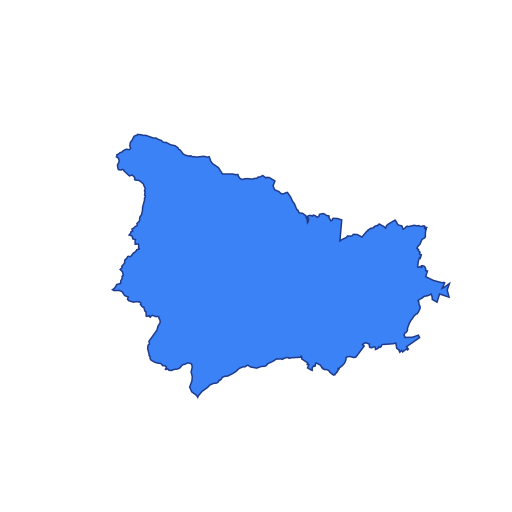 Dobresti, Bihor, Romania, rotated 229°
{"feature_id": "2599482B7847015753026", "entity_name": "Dobresti", "entity_type": "district", "adm_level": 2, "iso_a3": "ROU", "parent_name": "Romania", "parent_adm1": "Bihor", "projection": "orthographic", "projection_center": [22.295, 46.866], "detail": "fine", "context": "isolated", "style": "filled", "palette": "blue", "viewbox_px": 512, "rotation_deg": 229, "n_neighbors": 0, "source": "geoboundaries", "source_scale": "gbopen_adm2", "svg_char_len": 6151}
<svg xmlns="http://www.w3.org/2000/svg" viewBox="0 0 512 512"><g transform="rotate(229 256 256)"><path d="M308.3,315.8L308.3,314.7L312.3,313.9L313.2,310.3L314.2,309.5L314.1,307.7L314.5,306.9L315.5,305.9L316.5,303.5L319.9,300.5L321.7,298.2L322.8,295.7L325.2,294.8L327.6,295.0L329.4,295.8L330.9,293.8L333.1,292.3L339.9,284.5L347.4,285.6L354.3,283.8L357.3,284.1L361.6,285.8L362.8,283.8L365.1,282.4L366.3,280.9L369.9,275.7L371.4,274.7L372.8,272.9L374.0,272.8L375.1,271.6L375.0,271.1L378.7,268.7L380.7,268.0L385.6,268.3L387.8,267.6L388.9,268.1L392.4,267.2L396.0,264.5L400.5,262.8L402.6,260.6L405.1,260.4L408.7,258.5L410.8,257.9L412.0,256.2L419.6,251.8L420.7,250.3L423.2,248.6L425.6,246.2L425.2,245.2L426.0,244.0L426.3,242.4L424.4,237.7L424.4,236.3L423.7,235.0L421.7,232.9L419.4,232.0L419.4,230.4L419.8,229.7L421.7,228.2L422.0,227.3L422.6,224.3L422.4,222.6L423.2,221.4L423.2,218.8L423.7,217.4L422.8,216.8L422.4,215.7L420.2,216.4L417.7,215.2L416.9,214.4L415.5,211.0L411.9,208.9L411.1,209.0L409.1,211.0L408.8,212.3L408.1,212.6L406.7,212.2L399.5,213.0L398.2,215.8L394.9,215.9L394.3,215.8L393.3,214.5L392.7,214.6L389.8,217.3L384.7,218.3L379.5,216.6L378.3,214.5L377.3,214.5L375.1,211.9L373.7,211.9L372.5,209.4L371.6,208.9L367.0,202.2L364.7,200.0L362.2,196.6L361.7,194.1L358.9,191.0L358.6,187.4L357.4,186.8L356.9,185.9L357.5,184.2L357.3,182.4L357.7,180.0L355.7,179.3L356.3,177.5L355.4,176.3L355.1,174.0L352.4,175.6L349.7,174.2L347.5,175.9L346.8,174.7L344.2,172.5L342.2,175.1L340.9,174.4L339.2,172.7L338.2,172.8L337.9,172.3L339.0,170.2L338.6,169.6L338.3,166.8L338.7,165.5L337.8,161.0L339.6,159.3L339.7,158.5L338.9,156.6L339.2,155.2L338.9,154.3L336.8,152.0L336.3,147.9L335.3,147.7L335.0,147.1L335.0,144.7L331.5,144.8L328.6,143.2L328.5,141.5L327.6,141.2L326.5,139.3L326.0,137.7L324.1,135.8L325.9,132.1L325.1,130.4L324.5,127.6L324.7,125.6L323.0,126.2L319.8,130.1L317.1,131.5L312.3,130.9L308.7,132.7L307.8,130.7L305.8,130.6L301.7,133.1L299.7,136.2L298.2,137.3L297.8,138.1L296.0,138.1L295.2,137.6L295.3,137.1L293.0,136.8L291.6,137.1L291.0,137.7L287.3,136.0L286.2,136.4L282.6,133.7L281.8,134.5L281.1,136.1L280.2,135.7L279.1,136.2L279.6,137.7L279.1,138.9L275.8,140.8L274.7,142.4L273.5,142.6L272.5,141.8L270.6,141.5L268.6,140.0L267.4,136.1L265.0,132.5L261.9,119.3L259.4,117.8L259.5,116.0L257.2,113.5L251.9,110.8L251.0,110.0L249.3,110.0L248.2,108.8L246.1,108.5L242.3,109.9L239.2,111.8L238.2,113.0L236.6,113.8L234.5,113.6L233.1,115.2L231.0,115.6L230.2,114.2L230.1,113.4L229.8,113.3L229.2,113.9L228.8,115.3L226.7,115.4L225.1,117.1L224.6,117.9L224.7,118.8L221.9,123.2L221.5,125.5L222.0,127.7L221.8,130.1L221.0,131.1L220.2,134.3L218.1,136.0L216.5,136.4L214.0,135.0L211.0,130.9L206.8,128.8L203.7,125.6L200.6,119.9L195.7,118.4L189.8,119.7L187.6,119.3L188.3,120.7L189.2,126.5L188.6,133.0L188.9,136.6L187.8,140.2L186.2,142.5L185.7,143.9L185.7,145.1L186.4,146.8L185.9,147.1L185.8,148.7L186.5,150.9L185.7,153.5L183.9,156.0L182.6,161.1L182.0,165.3L182.2,169.5L180.8,173.6L179.5,175.2L179.3,177.6L178.9,178.2L175.8,179.1L170.9,183.0L169.3,187.3L167.0,190.3L166.6,192.0L167.0,194.2L165.4,199.9L164.8,204.2L163.6,205.1L162.4,207.0L160.6,208.2L160.6,209.3L159.3,212.5L158.1,213.8L157.1,213.8L155.8,216.2L150.8,222.6L150.5,223.2L150.9,224.0L150.5,224.6L148.3,223.0L141.2,224.9L140.6,223.5L139.3,224.5L137.8,221.5L133.8,222.8L132.8,223.4L134.7,225.0L135.2,227.4L134.3,227.9L134.1,228.6L135.1,229.4L135.9,231.2L131.4,233.0L128.0,232.4L127.8,232.9L126.6,232.6L125.3,233.3L123.6,235.1L121.8,235.7L119.6,235.5L115.4,236.3L115.2,237.3L114.6,237.5L115.2,239.0L115.0,239.4L115.3,241.2L115.6,241.2L115.7,242.7L116.9,243.9L116.3,244.0L116.2,244.8L116.9,245.1L116.6,249.0L117.0,252.1L117.6,253.9L118.8,256.0L120.0,256.8L120.0,259.0L118.5,260.9L115.0,263.4L114.2,265.2L117.1,278.6L119.1,278.2L119.3,279.1L118.7,281.8L115.0,283.8L114.5,283.0L112.7,282.0L112.0,282.2L110.7,283.2L110.3,285.1L109.6,286.0L108.6,286.0L107.1,284.8L106.2,287.3L107.0,289.1L105.7,289.5L105.5,291.1L106.4,292.3L106.2,293.4L99.7,302.1L98.6,304.4L93.9,301.6L91.2,302.4L90.8,301.9L89.0,301.4L89.3,303.9L87.4,303.7L87.1,308.7L85.7,308.7L85.8,309.9L88.8,310.1L87.1,325.9L89.7,326.6L92.1,320.7L96.8,315.0L97.5,315.6L98.9,315.6L100.1,317.5L99.9,319.2L100.2,320.8L101.3,322.4L102.0,322.7L104.6,327.5L105.9,331.0L106.1,332.8L106.9,335.0L107.2,338.4L106.7,339.6L107.3,342.1L108.9,345.6L110.4,346.8L112.7,347.3L114.1,348.5L116.0,349.0L115.8,351.6L115.2,354.2L115.4,356.0L113.1,360.2L112.3,363.3L109.1,361.8L107.6,360.5L102.4,362.3L106.9,369.6L98.3,374.7L104.9,378.0L108.3,383.9L108.8,378.3L109.5,375.3L111.9,380.8L112.8,380.5L113.7,378.9L121.1,373.9L129.1,370.5L132.2,375.6L133.7,374.5L135.1,375.8L137.1,376.3L138.2,376.1L139.6,375.2L140.1,374.4L138.8,373.7L138.9,373.3L140.3,372.7L141.1,370.9L142.0,371.0L145.8,375.4L147.4,378.3L146.5,378.5L148.5,381.6L150.2,380.6L151.3,382.3L153.6,382.0L154.2,383.0L156.2,382.4L156.8,383.4L157.4,387.6L159.6,392.2L159.0,395.4L159.6,396.6L162.3,399.0L164.4,401.5L165.0,401.5L164.6,402.1L165.3,402.6L165.5,403.5L166.6,402.8L166.1,401.6L166.4,401.4L168.1,402.9L169.1,401.9L169.9,400.0L170.8,399.2L172.1,398.9L173.5,396.8L175.3,395.7L178.4,390.0L179.4,389.6L179.6,388.0L179.3,387.0L179.7,384.6L183.1,385.8L185.9,383.8L187.9,383.7L189.0,384.3L191.9,384.5L193.3,376.6L193.3,374.6L192.0,372.1L194.1,371.9L199.3,370.0L199.5,368.9L199.2,368.1L199.3,367.2L200.0,366.7L200.1,365.8L200.6,365.0L200.6,364.3L200.2,363.9L200.8,361.5L201.6,361.0L202.1,357.1L201.7,356.9L201.9,355.4L200.8,348.4L205.8,346.5L208.5,343.7L208.2,342.0L208.5,340.9L211.1,338.2L210.7,336.3L212.0,331.8L212.3,329.2L227.0,344.4L231.1,341.9L233.9,338.8L233.8,338.0L233.0,336.8L233.4,335.5L237.1,336.3L238.3,337.4L240.4,335.7L242.6,335.3L244.2,334.3L245.8,331.3L244.8,329.8L245.1,327.5L247.4,327.2L249.3,326.1L249.0,324.7L250.3,324.2L251.5,323.1L252.1,321.5L252.1,320.8L251.7,320.3L249.3,320.0L247.7,317.9L247.4,316.7L249.5,318.3L252.5,319.2L253.7,320.1L257.8,319.1L260.1,316.8L263.0,317.7L263.5,317.3L265.4,317.6L270.3,319.3L273.4,319.5L277.7,320.8L283.0,321.4L283.7,321.2L284.9,317.6L285.8,316.5L286.9,315.8L289.7,315.5L293.5,313.6L297.7,314.8L300.2,319.5L306.3,317.6L308.3,315.8Z" fill="#3b82f6" stroke="#1e3a8a" stroke-width="1.5"/></g></svg>